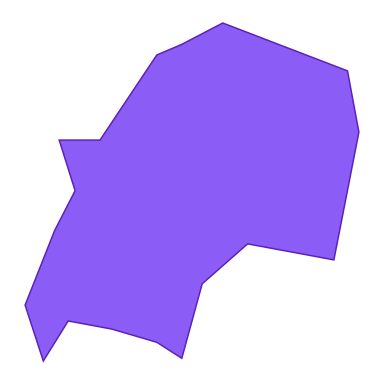 map outline of Marikina (Natural Earth projection)
{"feature_id": "PHL-5550", "entity_name": "Marikina", "entity_type": "Highly Urbanized City", "adm_level": 1, "iso_a3": "PHL", "parent_name": "Philippines", "parent_adm1": "", "projection": "natural_earth1", "projection_center": [121.115, 14.636], "detail": "fine", "context": "isolated", "style": "filled", "palette": "violet", "viewbox_px": 384, "rotation_deg": 0, "n_neighbors": 0, "source": "natural_earth", "source_scale": "10m", "svg_char_len": 349}
<svg xmlns="http://www.w3.org/2000/svg" viewBox="0 0 384 384"><path d="M222.7,23.0L347.5,70.9L358.9,132.1L333.9,259.9L247.6,243.9L202.2,283.8L181.8,358.3L156.8,342.3L111.4,329.0L68.2,321.0L43.3,361.0L25.1,305.1L54.6,230.6L75.1,190.7L59.2,140.1L100.0,140.1L156.8,55.0L181.8,44.3L222.7,23.0Z" fill="#8b5cf6" stroke="#5b21b6" stroke-width="1.5"/></svg>